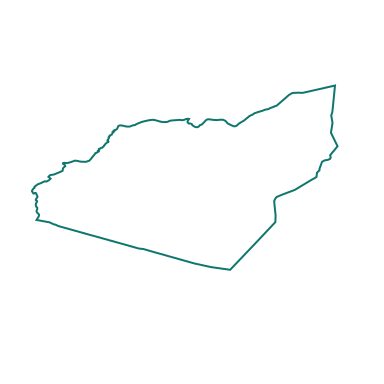 San Francisco Logueche, Oaxaca, Mexico, rotated 261°
{"feature_id": "50627088B77948267896933", "entity_name": "San Francisco Logueche", "entity_type": "district", "adm_level": 2, "iso_a3": "MEX", "parent_name": "Mexico", "parent_adm1": "Oaxaca", "projection": "equal_earth", "projection_center": [-96.367, 16.374], "detail": "fine", "context": "isolated", "style": "outline", "palette": "teal", "viewbox_px": 384, "rotation_deg": 261, "n_neighbors": 0, "source": "geoboundaries", "source_scale": "gbopen_adm2", "svg_char_len": 4217}
<svg xmlns="http://www.w3.org/2000/svg" viewBox="0 0 384 384"><g transform="rotate(261 192 192)"><path d="M121.0,183.3L114.9,198.9L109.2,217.5L131.8,247.1L149.2,269.6L154.2,270.6L155.7,270.9L170.1,271.7L172.6,273.4L173.8,274.7L175.2,280.3L178.0,293.9L185.3,311.9L186.2,314.5L187.4,317.3L191.5,318.5L193.6,321.4L194.9,321.5L201.5,325.2L202.5,328.1L202.5,331.2L203.1,333.5L204.3,334.4L206.7,334.2L214.4,342.9L228.8,338.5L238.3,341.6L245.9,341.5L248.7,343.0L253.0,344.2L274.8,349.9L272.6,316.7L273.5,312.3L274.1,306.8L272.7,303.0L264.0,289.1L263.7,286.9L263.5,286.7L262.9,283.6L262.6,282.1L261.9,280.5L261.9,277.5L261.2,274.1L260.9,272.0L260.7,270.2L260.6,269.6L260.0,266.1L259.1,264.2L258.0,260.5L257.4,259.7L256.6,258.2L254.6,254.9L253.3,251.7L253.2,251.4L252.3,249.2L251.7,248.2L251.1,247.4L250.4,246.2L250.2,244.7L250.3,243.7L251.4,241.9L252.5,240.2L253.2,239.3L253.7,238.5L254.9,237.4L255.2,237.3L256.3,236.7L257.2,235.8L257.9,234.9L258.5,233.9L258.7,233.3L258.7,232.4L259.0,231.2L259.0,230.7L259.1,227.9L259.5,226.1L260.1,223.5L260.6,222.1L260.9,221.2L261.3,219.3L261.3,219.0L261.0,217.5L260.0,216.1L258.8,214.6L257.1,212.2L256.8,210.3L255.4,208.6L255.4,208.1L255.2,207.0L255.4,206.2L255.8,205.2L256.8,204.0L257.6,203.1L258.1,202.7L258.7,202.7L259.2,202.2L259.7,201.5L260.0,200.6L260.1,199.7L260.5,199.1L261.2,198.7L261.8,198.5L262.3,198.6L263.2,199.2L263.8,199.8L264.6,200.5L265.0,199.5L265.0,197.6L264.7,196.5L264.5,195.3L264.4,193.7L264.9,192.0L265.2,191.2L265.3,189.2L265.8,183.5L265.8,180.9L265.4,180.0L265.2,179.1L265.1,177.7L265.4,175.5L265.7,174.1L266.2,172.6L266.9,170.7L267.5,169.7L268.2,167.9L268.9,166.5L269.5,164.2L269.6,161.1L269.5,158.6L269.3,155.9L269.0,153.0L268.6,151.4L268.2,149.5L267.6,147.2L267.2,146.7L267.0,145.4L267.1,144.0L266.5,141.6L266.4,140.2L266.6,138.9L267.0,137.4L267.3,136.4L267.7,135.6L268.2,134.5L268.9,132.2L269.0,131.1L268.9,130.2L268.5,129.3L267.6,128.9L266.3,128.0L266.0,127.7L265.5,126.8L265.2,126.1L265.2,125.5L265.2,125.1L264.9,124.5L264.8,124.1L264.5,123.9L264.2,124.0L264.1,124.3L263.9,124.5L263.8,124.4L263.7,123.8L263.7,123.2L263.6,122.9L263.4,122.9L263.0,123.1L262.9,122.7L262.3,122.4L261.7,122.0L261.3,121.8L261.1,121.1L260.9,120.3L260.7,119.8L260.3,119.7L260.3,119.4L260.1,119.0L259.9,118.9L259.6,118.8L259.2,118.3L258.9,118.5L258.4,118.4L258.1,118.2L257.7,117.9L257.3,117.5L257.0,117.3L256.7,117.3L256.6,117.1L256.4,116.7L256.1,116.6L255.9,116.9L255.6,117.1L255.4,117.1L255.2,116.9L254.9,117.1L254.7,117.3L254.5,117.2L254.4,117.1L254.4,116.7L254.3,116.2L254.1,115.8L254.0,115.6L253.7,115.2L253.5,114.8L253.2,114.2L252.7,113.6L252.1,113.2L251.9,113.0L251.7,112.8L251.6,112.3L251.4,112.2L251.0,112.0L250.7,111.6L250.5,111.3L250.2,110.8L249.8,110.4L249.8,110.0L249.9,109.4L249.7,108.9L249.4,108.4L249.2,107.9L249.2,107.4L249.2,106.9L248.7,106.7L248.3,106.5L248.0,106.5L247.8,106.7L247.7,106.6L247.6,106.2L247.5,105.7L247.4,105.5L247.1,105.5L246.8,106.0L246.6,106.2L246.4,106.0L246.4,105.6L246.4,105.1L246.2,104.7L245.8,104.3L245.6,103.9L245.5,102.9L245.3,102.4L245.0,102.3L244.4,101.7L243.6,100.8L242.2,99.2L240.2,97.0L239.0,95.5L238.4,91.9L238.8,89.7L239.5,86.4L240.6,83.7L241.3,81.3L240.6,77.7L240.3,75.4L240.1,73.3L240.4,71.6L240.8,70.3L240.7,69.2L240.2,69.0L238.6,70.5L237.4,70.9L236.5,69.5L235.6,68.3L233.2,67.5L232.6,65.5L231.9,62.9L231.4,60.5L230.9,58.8L230.9,55.6L230.7,54.1L229.4,52.6L228.1,53.8L227.3,54.4L225.9,52.3L225.1,50.0L225.6,48.1L224.4,44.1L223.7,40.8L222.2,37.9L221.4,37.0L220.8,37.1L220.5,36.7L220.0,35.7L219.1,34.9L218.6,34.4L218.1,34.1L217.5,34.1L216.9,34.5L216.0,34.8L215.3,35.1L215.2,35.5L215.3,36.1L215.6,36.6L215.6,37.1L215.5,37.5L215.0,37.8L214.2,38.0L213.0,38.3L212.0,38.6L211.6,38.7L211.3,38.5L210.8,38.3L210.3,37.7L209.7,37.1L208.9,36.5L208.3,36.5L207.7,37.2L207.2,37.5L206.7,37.5L206.2,37.0L205.4,36.4L204.5,35.9L203.7,35.7L203.0,35.7L201.7,35.9L201.0,36.6L200.2,36.7L199.1,36.3L198.1,35.7L197.0,35.4L195.7,35.9L194.6,36.8L193.8,37.3L192.8,37.3L191.7,36.7L190.8,35.8L188.7,34.1L184.3,46.6L183.3,48.0L181.6,50.6L181.0,52.2L179.3,54.6L165.6,84.5L153.6,110.8L144.5,130.6L143.3,135.0L141.8,138.3L141.3,139.3L137.0,148.5L134.4,154.3L132.5,158.3L127.8,168.6L125.0,174.6L121.0,183.3Z" fill="none" stroke="#0f766e" stroke-width="2"/></g></svg>